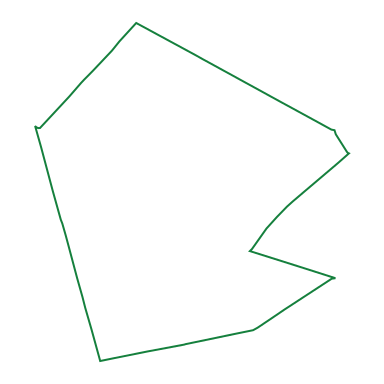 Quan 10, Hồ Chí Minh city, Vietnam (orthographic projection)
{"feature_id": "81297802B93335721036450", "entity_name": "Quan 10", "entity_type": "district", "adm_level": 2, "iso_a3": "VNM", "parent_name": "Vietnam", "parent_adm1": "Hồ Chí Minh city", "projection": "orthographic", "projection_center": [106.669, 10.773], "detail": "fine", "context": "isolated", "style": "outline", "palette": "green", "viewbox_px": 384, "rotation_deg": 0, "n_neighbors": 0, "source": "geoboundaries", "source_scale": "gbopen_adm2", "svg_char_len": 780}
<svg xmlns="http://www.w3.org/2000/svg" viewBox="0 0 384 384"><path d="M335.4,278.2L300.0,266.9L249.9,251.1L252.0,249.0L266.5,228.5L277.0,216.9L287.0,206.6L292.8,201.4L304.3,191.6L337.9,163.1L348.9,153.4L347.8,152.9L346.8,151.7L335.8,134.3L334.5,130.2L331.4,129.6L299.2,112.0L281.2,102.2L223.6,70.6L202.4,59.0L196.2,55.5L157.8,34.7L136.2,23.0L119.4,41.4L111.9,50.7L92.6,71.1L84.2,79.6L81.1,82.9L69.3,96.5L40.0,128.0L38.3,128.1L37.4,127.8L36.7,127.4L35.8,126.8L35.1,126.0L41.1,147.2L52.7,190.7L60.8,219.7L62.3,223.5L65.8,235.7L69.0,247.6L77.1,278.0L82.5,297.1L85.2,307.7L91.6,329.8L100.2,361.0L114.4,358.1L147.3,351.5L184.2,344.6L185.8,344.1L235.4,333.8L253.1,330.2L257.6,327.7L273.8,316.8L284.4,309.6L331.7,278.7L335.4,278.2Z" fill="none" stroke="#15803d" stroke-width="2"/></svg>